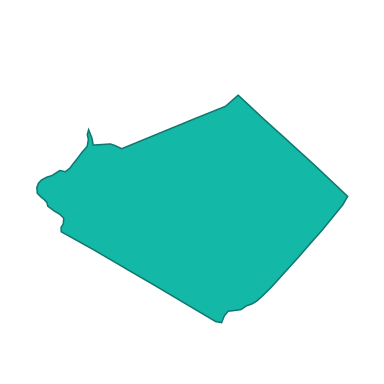 the district of Teotônio Vilela, Alagoas, Brazil, rotated 34°
{"feature_id": "56859067B15562417941436", "entity_name": "Teotônio Vilela", "entity_type": "district", "adm_level": 2, "iso_a3": "BRA", "parent_name": "Brazil", "parent_adm1": "Alagoas", "projection": "albers", "projection_center": [-36.399, -9.958], "detail": "fine", "context": "isolated", "style": "filled", "palette": "teal", "viewbox_px": 384, "rotation_deg": 34, "n_neighbors": 0, "source": "geoboundaries", "source_scale": "gbopen_adm2", "svg_char_len": 929}
<svg xmlns="http://www.w3.org/2000/svg" viewBox="0 0 384 384"><g transform="rotate(34 192 192)"><path d="M277.9,101.1L247.0,96.6L235.0,94.8L228.2,93.9L223.2,93.2L207.5,90.9L196.3,89.1L176.1,85.9L171.9,102.1L153.5,129.3L150.9,133.2L109.5,195.4L102.0,196.6L97.5,197.8L83.9,208.3L78.8,203.2L71.5,198.2L73.1,203.0L76.7,206.4L79.6,212.8L78.6,220.4L78.3,227.7L77.7,234.5L77.4,240.5L75.7,246.0L70.4,248.1L68.3,252.9L66.7,256.7L63.3,260.9L60.5,266.2L59.8,270.6L60.8,275.0L64.5,279.6L69.6,280.6L73.7,280.9L77.7,281.9L80.4,284.4L88.5,284.8L94.8,284.4L100.3,285.4L103.2,290.6L103.2,294.5L105.8,298.1L144.1,294.8L150.7,294.4L185.5,292.2L213.6,290.3L284.0,286.2L289.6,283.8L288.0,276.4L288.7,270.6L292.2,267.6L298.3,262.2L300.7,256.1L304.4,251.1L306.7,246.1L308.5,239.0L310.9,227.2L314.2,204.0L316.6,187.4L319.5,163.7L320.5,156.5L321.3,150.1L324.2,118.2L323.5,108.6L277.9,101.1Z" fill="#14b8a6" stroke="#0f766e" stroke-width="1.5"/></g></svg>